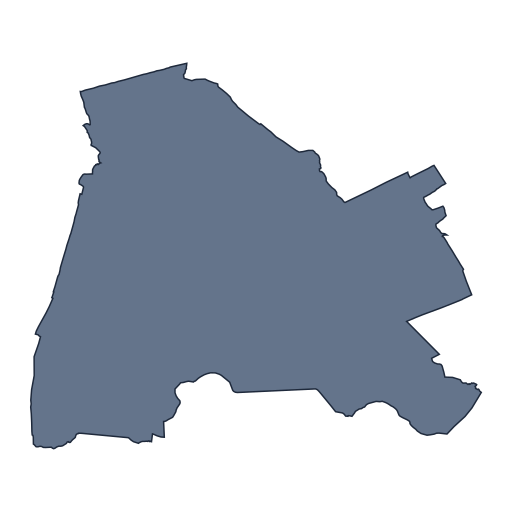 the district of Racova, Bacau, Romania
{"feature_id": "2599482B19806401166229", "entity_name": "Racova", "entity_type": "district", "adm_level": 2, "iso_a3": "ROU", "parent_name": "Romania", "parent_adm1": "Bacau", "projection": "equal_earth", "projection_center": [26.765, 46.708], "detail": "fine", "context": "isolated", "style": "filled", "palette": "slate", "viewbox_px": 512, "rotation_deg": 0, "n_neighbors": 0, "source": "geoboundaries", "source_scale": "gbopen_adm2", "svg_char_len": 5917}
<svg xmlns="http://www.w3.org/2000/svg" viewBox="0 0 512 512"><path d="M447.0,434.0L454.1,426.5L465.0,416.5L471.9,408.0L481.3,392.4L479.5,390.9L478.9,389.5L478.3,389.1L477.4,389.5L476.8,389.0L475.6,388.5L475.7,387.7L475.4,386.7L475.1,386.6L475.1,386.3L476.3,385.4L476.7,384.7L475.9,384.0L475.2,383.8L473.8,383.1L473.0,383.1L472.7,383.4L471.6,383.0L470.4,384.1L469.5,384.3L469.5,383.9L469.1,383.7L467.9,384.4L466.1,383.0L463.1,383.1L462.2,382.6L461.2,381.4L460.3,379.8L452.6,377.4L444.9,377.1L443.8,372.1L442.1,366.0L441.0,364.5L439.4,364.0L437.6,364.0L434.5,362.9L432.6,361.5L431.6,358.3L439.3,354.3L406.6,321.4L415.7,317.5L422.4,314.8L442.1,307.5L462.1,299.5L462.8,299.0L471.7,294.8L466.3,281.2L462.8,271.1L462.8,270.5L463.5,269.3L460.1,264.0L458.4,261.0L456.1,257.4L452.1,250.7L447.8,244.0L447.1,242.5L444.2,237.9L443.1,236.7L442.3,236.5L442.5,235.7L443.6,235.3L444.7,235.0L446.9,235.0L445.4,234.0L444.7,233.7L441.9,233.5L440.7,232.5L439.5,230.5L436.6,227.9L436.3,227.2L435.8,225.0L436.1,223.9L438.0,222.8L438.5,222.2L440.2,220.8L442.8,219.1L443.4,218.3L446.1,215.7L444.9,212.2L444.7,210.1L443.9,207.6L442.9,206.2L438.1,208.1L433.3,209.7L432.0,209.8L430.7,208.5L428.0,206.4L427.3,205.5L426.0,203.4L425.2,202.4L423.8,199.0L423.6,197.9L423.8,197.3L425.9,196.3L428.8,194.6L429.5,194.4L432.4,192.3L433.9,191.6L435.0,190.9L436.8,189.1L436.9,188.8L437.7,188.6L441.9,185.5L443.9,184.6L445.7,183.5L434.0,165.4L432.1,166.2L428.2,168.5L417.8,173.6L411.3,176.9L410.1,177.8L409.0,175.8L408.0,173.7L407.7,172.2L386.2,182.3L371.1,190.0L345.0,202.5L343.8,201.8L341.9,199.2L340.2,197.7L337.2,195.8L336.7,194.6L336.6,192.4L334.8,189.8L331.9,187.6L328.3,183.9L326.4,181.3L326.2,180.9L326.1,178.4L325.8,177.3L324.2,174.3L323.7,173.5L321.7,171.7L321.0,171.5L320.4,171.7L319.9,171.5L319.5,170.6L319.4,168.9L320.6,168.6L320.8,168.3L320.9,167.6L320.6,167.3L320.5,166.6L320.6,165.1L320.4,164.5L319.5,162.8L319.7,162.0L319.5,160.5L319.8,159.6L319.8,158.9L318.7,156.0L318.1,155.2L316.4,153.8L315.6,153.4L315.2,153.0L314.7,152.0L312.8,150.4L308.4,150.4L303.0,151.6L299.1,152.1L296.3,150.6L291.7,147.5L283.1,141.3L276.0,136.9L270.9,131.9L267.9,129.7L260.8,123.8L260.0,124.5L258.4,123.5L248.4,116.0L237.7,107.1L235.9,104.6L232.5,101.2L231.4,99.5L230.3,97.1L226.6,93.5L222.0,89.7L218.6,87.2L217.9,86.2L217.7,84.0L216.5,83.5L214.2,83.0L210.0,81.4L207.6,80.4L205.1,79.1L196.2,79.4L194.3,79.8L191.9,80.7L184.3,78.4L183.8,77.2L183.9,76.7L183.6,76.2L183.7,75.5L183.5,74.9L183.6,74.5L184.5,73.7L184.9,73.1L185.3,71.5L185.5,69.9L186.4,68.8L186.3,67.1L186.6,65.4L186.8,63.3L170.1,67.1L169.0,67.8L166.4,68.4L164.2,69.3L159.5,70.4L156.8,70.8L154.1,71.8L150.2,72.7L146.5,73.8L143.4,74.4L124.4,79.9L118.2,81.4L114.7,82.6L111.7,83.0L105.2,85.0L99.5,86.1L93.4,88.2L85.3,90.1L82.0,91.4L81.0,91.6L80.3,91.5L80.6,93.5L81.2,96.0L82.7,99.4L83.8,102.3L84.4,107.3L85.1,108.6L86.3,112.4L86.8,113.7L88.4,115.4L89.0,116.4L89.5,119.0L90.1,121.1L90.2,124.6L89.5,124.8L88.1,123.9L87.1,123.7L86.2,123.8L84.7,124.4L83.2,125.6L84.5,126.5L87.3,130.7L87.2,131.6L87.2,132.4L88.1,132.9L89.1,135.3L89.6,137.5L90.3,138.4L90.7,138.8L91.1,139.5L91.2,140.5L91.6,142.0L91.6,143.3L91.0,144.9L91.3,145.6L92.3,145.8L92.9,146.3L94.0,146.8L95.7,147.7L99.6,151.5L100.2,152.5L100.0,153.3L98.7,154.9L98.3,155.6L98.3,156.8L98.7,159.5L99.2,160.1L98.9,161.1L99.2,161.8L100.8,162.9L99.6,163.3L98.4,164.5L97.9,164.5L97.7,163.9L96.8,164.2L96.1,164.9L95.9,164.6L95.7,164.7L95.6,165.3L94.4,166.1L93.0,168.7L92.5,170.1L92.7,171.2L92.5,171.9L92.5,173.9L85.8,174.2L85.0,174.0L83.9,174.2L83.0,174.6L81.1,177.2L79.9,179.1L79.3,180.4L79.0,183.1L79.3,184.0L81.0,184.8L82.9,186.1L83.4,186.7L83.5,187.4L81.8,194.3L80.1,193.8L78.5,200.6L78.2,202.8L78.5,204.8L76.5,212.0L76.2,213.4L74.9,217.3L74.1,221.6L73.1,225.3L70.8,233.6L70.0,235.5L69.1,238.7L66.9,245.3L65.9,249.2L63.4,257.4L60.4,267.6L60.0,270.3L59.0,274.6L58.3,275.4L57.6,277.1L55.0,286.5L53.3,291.8L53.8,292.0L52.3,296.5L51.8,297.7L52.9,298.3L49.2,306.7L46.1,312.9L38.5,326.6L36.3,331.1L35.4,334.1L38.1,334.8L39.2,336.0L40.5,336.7L38.7,343.5L34.1,356.7L34.2,375.6L31.6,389.7L30.8,400.2L31.2,403.9L30.7,407.1L31.3,413.7L31.7,422.8L31.9,431.5L32.2,435.0L32.9,435.3L33.3,437.1L33.4,444.1L34.4,444.8L35.9,446.6L36.6,446.8L37.9,446.8L40.0,446.3L41.7,446.5L43.3,447.4L45.6,447.5L51.3,447.2L52.5,448.2L53.7,448.7L55.0,448.2L56.7,447.0L58.7,446.2L60.8,446.2L62.6,445.8L66.4,443.4L67.2,442.0L68.6,441.7L68.7,442.2L69.7,442.5L70.4,442.3L71.4,441.0L72.5,439.8L75.0,437.7L75.4,437.1L75.5,436.3L76.3,434.4L77.4,433.8L78.3,433.6L78.4,433.2L81.6,433.3L128.5,437.7L131.1,440.1L133.5,441.7L138.5,443.3L139.2,442.7L141.0,441.8L142.5,441.4L144.7,441.4L146.4,441.2L147.7,441.4L148.3,440.9L149.3,441.1L149.4,441.5L150.1,441.5L150.2,441.2L151.5,441.7L152.5,433.9L153.5,434.2L157.1,435.8L161.0,437.0L164.3,437.2L163.6,421.5L164.7,421.4L166.1,420.9L166.8,420.5L167.6,419.9L172.6,417.3L173.7,415.6L175.8,411.8L176.2,409.9L177.1,407.8L179.7,404.0L180.1,402.9L180.0,401.4L179.8,400.7L177.7,398.4L176.1,395.8L175.0,392.7L175.0,389.0L179.7,384.0L180.5,382.8L183.2,382.5L186.4,381.6L188.5,381.2L193.5,382.0L194.2,381.3L195.4,381.0L198.3,378.3L200.5,376.8L204.1,374.8L207.0,373.7L210.6,372.8L215.4,372.9L219.5,374.3L221.4,375.4L229.7,382.2L232.7,390.2L233.6,391.3L235.3,392.2L237.3,392.5L315.5,388.9L317.0,389.5L317.8,390.1L319.4,391.8L330.7,405.5L335.6,411.7L342.6,413.0L344.3,414.3L345.6,416.1L348.0,416.3L348.1,415.7L348.7,415.6L352.0,416.3L354.7,412.7L355.4,411.4L359.2,409.0L361.6,408.6L362.8,407.6L364.6,407.0L365.9,405.3L366.7,404.5L368.5,403.5L376.1,401.4L379.9,401.7L382.2,401.3L385.3,402.4L387.4,403.4L389.8,404.9L390.5,405.5L393.2,406.9L394.9,408.2L396.2,409.4L397.0,410.4L397.6,411.6L398.9,414.9L399.5,415.7L400.1,416.2L402.6,417.6L407.4,419.9L409.5,421.3L409.9,422.3L410.0,423.7L411.3,425.5L413.3,427.4L415.8,429.3L417.3,431.0L421.0,433.5L427.0,435.2L430.3,434.8L434.2,434.1L436.5,433.2L439.1,433.1L447.0,434.0Z" fill="#64748b" stroke="#1e293b" stroke-width="1.5"/></svg>